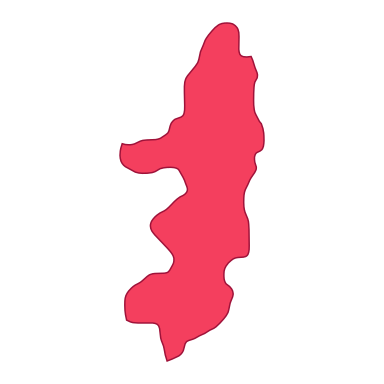 El Pino, Dajabón, Dominican Republic
{"feature_id": "3306468B80571164490310", "entity_name": "El Pino", "entity_type": "district", "adm_level": 2, "iso_a3": "DOM", "parent_name": "Dominican Republic", "parent_adm1": "Dajabón", "projection": "natural_earth1", "projection_center": [-71.49, 19.399], "detail": "fine", "context": "isolated", "style": "filled", "palette": "rose", "viewbox_px": 384, "rotation_deg": 0, "n_neighbors": 0, "source": "geoboundaries", "source_scale": "gbopen_adm2", "svg_char_len": 3431}
<svg xmlns="http://www.w3.org/2000/svg" viewBox="0 0 384 384"><path d="M261.3,123.7L259.4,121.4L256.0,114.9L254.8,112.3L254.2,109.5L253.7,105.0L253.6,100.5L253.7,92.9L254.0,87.1L254.3,84.4L254.9,82.0L257.1,78.0L257.3,77.0L257.5,74.9L257.0,72.6L255.0,67.6L252.7,60.2L251.1,56.5L246.7,57.0L243.4,56.7L241.4,55.9L240.6,55.2L239.8,54.2L239.1,51.8L238.8,49.3L239.0,36.7L238.8,32.5L238.1,29.8L237.6,28.6L237.0,27.6L235.4,25.8L233.5,24.4L232.3,23.8L229.8,23.2L227.2,23.0L224.6,23.1L222.0,23.5L219.5,24.4L218.3,25.1L215.1,27.6L212.2,30.7L208.6,35.0L206.3,38.3L205.1,40.4L203.3,45.1L200.5,51.7L198.9,59.2L198.1,61.7L197.6,62.9L195.3,66.3L187.6,75.7L186.1,78.1L185.6,79.3L184.8,82.1L184.4,86.4L184.4,92.3L184.7,105.8L184.6,110.0L184.2,112.6L183.9,113.8L183.4,114.9L182.7,115.9L181.0,117.1L175.2,119.2L174.4,119.7L172.8,121.2L171.4,123.0L170.9,124.0L170.1,126.2L169.0,130.6L168.1,132.6L167.4,133.4L165.7,134.8L160.4,138.3L158.1,139.1L155.6,139.6L146.6,140.0L142.8,140.4L140.4,141.1L134.5,143.9L132.2,144.5L129.9,144.8L127.5,144.7L125.2,144.5L122.2,143.7L120.8,148.3L120.3,151.0L120.0,155.4L120.3,158.4L121.0,161.2L122.1,163.3L123.6,165.2L125.4,166.7L135.3,172.1L138.8,173.0L142.4,173.3L147.3,173.2L152.1,172.6L154.3,171.9L155.3,171.5L160.1,168.7L163.6,167.8L167.2,167.4L170.8,167.3L174.2,167.6L176.4,168.2L177.4,168.7L178.3,169.3L179.0,170.2L182.9,177.0L184.5,180.3L185.7,183.7L186.9,186.7L187.4,188.7L187.4,189.8L187.2,190.9L186.8,191.9L186.2,192.8L184.8,194.3L183.0,195.5L180.1,196.9L177.2,199.0L174.4,201.5L169.0,207.1L166.2,209.6L164.2,210.9L160.0,213.0L156.9,215.2L155.0,216.9L153.3,218.8L151.8,220.9L151.2,222.1L150.8,223.3L150.5,224.6L150.4,225.9L150.8,228.5L151.8,230.9L153.3,233.0L154.9,235.0L167.7,248.5L170.3,251.5L171.8,253.5L173.1,255.7L173.9,258.2L173.9,260.8L173.7,262.1L173.4,263.3L172.4,265.4L169.8,270.1L168.4,271.8L167.5,272.4L166.5,272.8L164.3,273.2L154.9,273.5L152.6,273.8L150.3,274.5L149.2,275.0L147.1,276.5L142.4,280.7L140.4,282.3L138.3,283.5L135.2,285.1L133.2,286.5L131.3,288.2L128.6,291.1L127.1,293.3L125.9,295.7L125.2,298.2L124.9,300.9L124.8,305.0L125.0,310.5L125.5,314.6L126.6,320.1L130.4,321.9L132.9,322.6L138.2,323.0L152.7,323.0L155.0,323.4L156.1,323.8L157.2,324.3L158.1,325.2L158.8,326.2L159.6,328.6L160.7,338.0L161.4,340.5L163.5,346.0L164.1,348.6L165.3,355.0L167.1,361.0L172.0,359.1L178.0,356.3L179.0,355.8L180.8,354.3L182.2,352.6L183.3,350.6L185.1,343.9L186.2,342.1L186.9,341.4L188.7,340.5L192.8,339.2L194.8,338.4L199.6,335.7L204.9,333.3L209.6,330.3L213.8,328.3L216.0,326.8L219.9,323.1L223.6,319.0L226.1,315.8L227.5,313.4L228.1,312.2L228.8,309.6L230.1,303.3L230.9,301.1L232.6,296.9L233.1,294.6L233.1,293.3L232.6,290.9L231.6,288.9L229.6,286.5L226.4,284.1L225.7,283.3L224.7,281.3L224.1,279.0L223.9,276.4L223.9,273.8L224.1,271.1L224.8,268.5L226.0,266.1L228.4,262.9L231.3,260.3L233.4,258.8L235.6,257.9L237.9,257.5L243.4,257.1L245.4,256.6L246.4,256.1L247.2,255.4L247.9,254.5L248.7,252.2L249.1,249.7L249.2,245.7L249.0,229.8L248.7,224.2L248.4,221.4L247.7,218.8L245.0,212.2L244.3,209.5L243.9,206.7L243.7,202.3L243.8,197.9L244.0,195.0L244.5,192.2L245.3,189.7L247.9,184.4L249.9,179.8L251.2,177.6L254.7,172.5L255.8,170.3L256.2,169.2L256.3,168.1L256.3,167.0L254.8,162.2L254.5,159.6L254.5,157.0L255.2,154.6L255.8,153.6L256.5,152.8L257.4,152.3L260.1,151.0L261.8,149.7L262.5,148.7L263.4,146.3L263.8,143.6L264.0,140.6L263.9,136.0L263.7,133.0L262.9,128.5L261.3,123.7Z" fill="#f43f5e" stroke="#9f1239" stroke-width="1.5"/></svg>